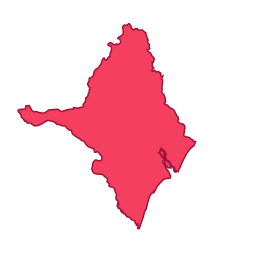 Esmeraldas, Esmeraldas, Ecuador (Albers equal-area conic projection), rotated 140°
{"feature_id": "8360857B50260374474946", "entity_name": "Esmeraldas", "entity_type": "district", "adm_level": 2, "iso_a3": "ECU", "parent_name": "Ecuador", "parent_adm1": "Esmeraldas", "projection": "albers", "projection_center": [-79.613, 0.807], "detail": "fine", "context": "isolated", "style": "filled", "palette": "rose", "viewbox_px": 256, "rotation_deg": 140, "n_neighbors": 0, "source": "geoboundaries", "source_scale": "gbopen_adm2", "svg_char_len": 5788}
<svg xmlns="http://www.w3.org/2000/svg" viewBox="0 0 256 256"><g transform="rotate(140 128 128)"><path d="M53.2,189.2L54.1,194.0L55.8,195.0L57.0,196.6L57.4,197.8L57.0,198.2L58.2,199.3L60.3,199.5L61.0,199.7L61.1,202.1L60.2,204.6L59.9,207.0L60.6,207.4L63.0,207.5L64.6,209.2L66.8,209.1L67.6,208.3L68.4,206.6L71.4,202.9L74.0,203.1L75.0,202.9L76.9,203.7L78.1,203.3L78.3,203.0L77.4,202.0L77.0,201.2L78.2,198.9L79.2,198.1L81.8,198.1L82.6,199.8L84.0,199.9L85.2,201.1L85.6,201.8L85.8,203.4L86.7,204.8L89.2,205.2L90.0,204.2L89.9,203.5L88.7,201.9L88.8,200.8L89.4,199.6L91.6,197.5L92.7,197.3L95.2,195.4L95.8,194.2L97.3,194.9L98.8,194.6L99.7,193.9L101.2,194.1L101.7,195.1L101.3,197.0L102.1,197.2L104.1,196.6L106.8,194.7L110.6,193.5L111.8,193.2L114.9,193.6L117.3,193.2L121.7,189.9L125.7,191.0L127.6,189.0L130.4,187.9L130.9,187.3L131.3,185.4L131.5,183.8L131.4,183.1L132.0,182.6L133.3,182.2L133.8,181.0L136.4,179.8L137.6,178.7L139.7,178.0L140.9,178.3L142.6,176.4L143.7,175.6L147.2,174.9L148.0,173.7L149.0,173.3L150.2,173.6L151.4,174.6L153.3,175.1L154.7,176.4L156.1,178.5L156.6,178.6L157.4,178.0L158.3,178.1L160.5,179.8L163.3,181.3L167.9,183.0L168.5,183.7L169.2,185.3L169.6,187.4L176.9,192.7L182.0,193.1L183.6,194.0L186.7,197.7L187.4,199.4L189.5,200.6L190.2,202.2L190.3,203.2L189.3,208.5L189.4,209.0L190.4,209.3L191.5,210.5L192.1,210.5L194.1,208.7L194.6,208.6L198.9,211.8L200.8,212.3L201.2,211.9L201.6,210.6L201.2,209.0L201.6,207.7L201.3,206.9L202.8,205.0L202.3,202.3L202.8,199.6L202.5,199.1L201.4,198.4L201.9,197.2L201.9,196.3L199.8,194.8L198.6,190.8L197.7,189.1L195.5,187.9L191.6,186.6L186.1,185.8L184.6,185.4L183.5,184.2L181.5,181.5L180.5,179.5L179.8,178.6L180.3,178.3L180.2,176.7L178.2,174.5L177.3,172.4L174.7,169.7L174.9,166.9L174.6,164.9L174.1,163.9L172.9,162.6L174.2,159.7L174.3,158.7L173.4,154.7L171.8,150.5L171.7,148.4L170.4,146.6L170.4,144.4L170.7,143.0L170.6,139.6L169.5,137.4L167.5,134.1L169.1,131.1L168.8,130.5L166.7,129.5L166.4,128.6L166.3,123.7L166.8,122.2L167.8,121.1L169.3,120.6L170.6,120.9L171.8,121.8L172.7,123.7L173.6,124.5L176.4,124.2L177.2,123.8L182.0,119.9L183.1,117.3L183.1,115.2L182.7,114.4L181.0,112.3L177.6,109.1L177.2,108.0L177.1,105.5L176.5,103.2L176.9,101.3L178.1,100.8L178.7,100.1L178.7,99.5L178.2,98.7L178.5,96.8L179.6,96.2L179.8,95.6L179.1,93.9L177.7,92.6L177.4,90.2L179.0,86.9L179.2,85.3L179.6,84.2L180.3,83.5L181.1,83.4L181.2,82.9L182.5,81.9L183.0,80.5L182.5,80.1L182.8,79.7L182.9,77.3L183.3,76.9L183.3,76.6L183.8,76.6L184.0,76.8L184.1,76.5L184.5,76.6L184.5,75.8L185.0,76.1L186.1,75.7L186.5,74.8L186.0,74.6L186.0,74.2L186.3,73.6L186.6,73.7L186.7,72.9L186.9,72.8L186.7,72.6L186.7,72.0L185.9,71.7L186.0,69.9L185.8,69.5L186.3,69.7L186.6,69.5L187.0,68.1L186.6,67.7L187.0,67.1L186.5,66.7L186.2,67.0L186.2,66.5L186.0,66.4L186.4,65.5L185.9,65.5L186.3,65.0L185.7,64.3L185.7,63.8L185.3,63.6L185.3,63.2L185.8,62.9L185.7,61.0L185.9,60.8L185.2,60.3L185.2,59.8L184.4,59.1L184.4,58.0L183.9,57.1L184.3,56.5L184.0,55.2L183.0,53.3L182.4,52.8L182.5,52.1L183.6,50.6L183.4,49.9L183.6,49.8L183.6,49.2L183.2,49.3L183.0,48.9L183.4,48.5L182.7,48.1L183.6,47.7L182.9,47.5L183.2,47.0L183.3,46.1L184.1,45.8L184.1,45.3L184.7,45.1L184.6,44.4L185.0,44.4L184.8,44.1L184.1,43.7L172.8,50.5L169.5,53.0L167.3,53.9L166.8,54.5L167.0,54.0L165.9,54.4L160.9,58.2L155.0,61.8L153.1,62.6L151.2,62.7L150.6,62.5L150.1,62.0L149.6,62.6L149.7,61.9L146.9,62.9L143.6,64.4L141.7,64.9L135.1,65.6L132.6,65.4L130.8,64.5L129.7,63.4L127.9,62.6L127.3,62.8L126.1,64.1L125.0,68.6L124.6,74.1L123.7,75.9L123.7,79.4L122.5,80.4L121.3,80.3L120.7,80.6L119.9,81.4L120.0,82.2L120.7,83.7L120.0,86.8L120.1,87.8L120.5,88.5L120.7,88.9L120.7,89.0L119.8,88.1L119.5,88.8L119.0,89.4L116.1,91.1L115.6,91.2L115.7,89.5L115.0,88.3L115.0,85.8L115.5,83.8L117.6,82.4L118.3,81.2L118.6,80.0L118.8,78.4L117.9,75.9L118.1,72.9L118.8,71.7L118.5,70.0L118.9,70.5L118.5,69.4L117.8,68.7L117.7,68.2L118.2,67.4L120.3,65.9L120.4,64.8L120.2,63.9L119.7,65.9L119.3,66.3L118.8,64.7L119.5,63.8L119.6,63.4L118.5,63.7L117.5,62.3L115.7,63.7L114.6,63.8L107.8,67.3L99.4,70.8L93.6,72.1L91.2,72.2L88.9,72.0L84.9,74.2L85.9,75.3L86.5,76.4L86.1,77.1L86.4,78.2L86.8,78.8L87.3,81.5L88.4,83.1L89.5,84.0L90.2,86.2L89.4,87.3L86.7,89.2L86.1,90.4L84.4,91.3L83.4,93.0L83.1,94.0L83.4,95.7L85.1,98.0L85.6,99.8L85.0,101.7L83.5,102.3L82.7,104.1L82.7,106.7L82.2,107.9L82.3,108.6L81.6,110.7L81.3,112.7L82.0,114.9L83.2,117.4L82.8,118.9L83.2,119.5L83.1,120.4L84.0,121.1L84.3,121.9L84.4,123.6L83.0,123.6L82.0,124.4L79.8,128.0L79.1,130.4L79.2,132.9L79.0,134.0L77.4,135.3L75.1,138.2L71.6,141.3L70.8,142.4L70.9,143.5L70.6,143.8L67.9,145.6L68.7,145.7L69.4,146.6L69.2,147.4L67.6,148.9L67.7,149.4L68.6,150.1L68.2,151.4L70.5,152.9L70.3,153.7L70.7,155.3L72.7,155.5L72.9,156.2L72.7,156.8L72.1,157.1L69.7,157.4L69.4,158.4L69.9,159.4L69.8,160.0L68.3,160.9L67.4,162.7L66.6,162.1L66.1,162.2L63.3,164.1L63.2,169.0L62.4,171.1L62.7,172.1L63.4,172.8L63.3,175.2L61.3,174.8L60.1,175.0L59.7,176.9L58.1,177.8L57.9,180.5L57.3,181.9L56.0,182.4L55.7,184.4L54.3,187.1L54.1,188.6L53.2,189.2ZM123.0,75.5L123.5,73.6L122.8,72.9L122.9,72.0L122.0,70.9L120.9,70.3L120.8,69.9L119.4,71.3L119.4,72.3L118.6,73.7L118.2,74.9L118.3,75.5L118.9,75.6L119.4,76.6L118.9,80.6L121.7,78.5L122.4,77.5L122.6,76.1L123.0,75.5ZM117.1,90.4L119.7,88.4L119.7,86.6L120.4,84.2L119.3,81.7L118.8,82.2L117.7,84.5L115.9,86.5L116.0,87.8L117.1,90.4ZM119.1,78.5L119.3,76.7L118.2,75.8L118.2,76.5L119.1,78.5ZM119.0,70.2L118.9,68.8L118.1,67.8L117.9,68.1L118.0,68.8L118.6,69.4L119.0,70.2ZM116.3,84.9L117.1,84.2L118.1,82.6L116.6,83.6L116.3,84.9ZM118.9,68.6L119.2,68.0L119.4,67.3L118.4,67.7L118.9,68.6ZM123.1,78.6L123.4,77.7L122.9,78.9L123.1,78.6ZM119.0,71.7L119.0,71.0L118.7,70.5L118.8,70.8L119.0,71.7ZM118.2,73.3L118.4,73.0L118.7,72.7L118.3,73.0L118.2,73.3ZM118.4,72.7L118.8,72.5L118.9,72.1L118.4,72.7Z" fill="#f43f5e" stroke="#9f1239" stroke-width="1.5"/></g></svg>